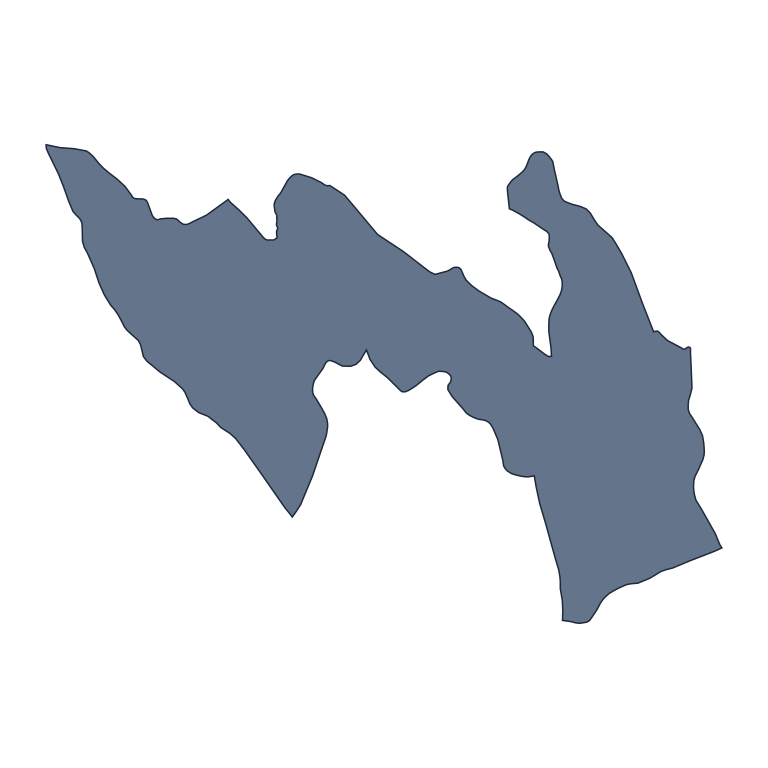 Lai Chau, Lai Chau, Vietnam (Equal Earth projection)
{"feature_id": "81297802B74546691476320", "entity_name": "Lai Chau", "entity_type": "district", "adm_level": 2, "iso_a3": "VNM", "parent_name": "Vietnam", "parent_adm1": "Lai Chau", "projection": "equal_earth", "projection_center": [103.45, 22.387], "detail": "fine", "context": "isolated", "style": "filled", "palette": "slate", "viewbox_px": 768, "rotation_deg": 0, "n_neighbors": 0, "source": "geoboundaries", "source_scale": "gbopen_adm2", "svg_char_len": 5318}
<svg xmlns="http://www.w3.org/2000/svg" viewBox="0 0 768 768"><path d="M329.8,185.5L328.3,185.7L326.9,185.7L324.6,184.9L321.6,182.7L311.5,177.7L299.6,174.0L297.3,174.0L295.4,174.2L293.5,174.8L291.7,176.0L289.3,178.4L287.4,180.8L283.5,187.8L280.6,193.0L278.2,195.8L276.7,198.2L275.3,200.6L274.3,203.4L274.2,205.6L275.0,211.8L275.6,213.1L276.0,213.8L276.2,214.1L276.8,215.5L276.8,217.1L276.9,221.9L276.5,223.7L276.5,225.2L276.9,226.2L277.5,227.4L277.6,228.3L277.6,228.7L277.4,229.6L276.7,230.6L276.6,232.0L276.6,233.6L276.7,234.9L277.2,237.7L273.7,240.0L269.5,240.0L267.0,240.0L265.7,239.5L263.7,237.9L246.8,217.7L238.4,209.4L233.6,205.2L230.6,202.5L228.9,200.4L228.2,199.4L206.6,215.1L196.8,219.8L192.6,221.8L189.8,223.3L187.2,224.4L186.0,224.4L184.1,224.4L183.0,224.1L180.4,222.4L176.7,219.1L173.9,218.3L166.1,218.3L160.9,218.8L158.9,219.4L157.6,219.7L156.1,219.4L155.1,218.7L153.6,217.5L152.1,215.0L150.6,210.9L148.5,205.2L147.3,202.0L146.0,200.2L144.0,199.2L142.0,198.9L138.5,198.9L135.4,198.6L133.9,198.2L132.7,197.3L131.4,195.1L124.9,186.3L117.0,179.0L108.7,172.7L103.2,168.0L98.4,162.9L93.6,156.9L89.1,152.8L86.5,151.0L74.2,148.7L59.9,147.6L46.1,144.7L46.3,148.3L48.1,152.7L58.5,174.0L63.9,187.7L68.8,201.5L73.0,211.5L75.9,214.8L79.7,218.6L81.9,222.7L82.2,227.2L82.5,241.2L84.3,247.4L87.4,253.0L94.2,268.4L99.1,283.2L104.3,294.8L110.6,305.1L114.7,309.8L118.5,315.4L121.2,320.5L124.6,327.2L127.0,330.2L131.1,334.0L138.3,340.4L140.5,344.6L143.5,356.7L146.9,361.2L160.4,372.3L174.5,381.6L182.7,389.0L184.9,392.2L187.8,398.7L190.0,404.1L192.7,407.9L198.7,412.6L208.0,416.3L211.6,419.2L216.4,422.8L220.8,427.5L230.2,433.6L235.7,438.6L244.1,449.5L259.1,470.7L276.8,496.1L285.0,507.9L288.9,512.6L292.3,517.0L296.2,511.5L300.6,504.7L312.5,476.0L326.2,435.8L327.0,431.4L327.6,427.0L327.6,423.6L326.8,418.8L324.6,413.4L321.6,407.9L316.5,399.4L313.5,395.0L312.6,392.2L312.6,390.9L312.6,389.2L312.6,387.5L313.2,384.4L314.3,380.7L317.6,375.9L323.0,368.4L324.4,365.4L326.1,362.3L328.5,360.6L330.7,360.6L334.5,362.0L342.4,366.1L350.5,366.3L356.0,364.3L360.3,360.4L363.7,354.5L366.5,350.0L366.8,350.7L369.9,359.2L375.2,367.2L380.5,372.1L387.5,377.7L400.5,390.6L402.2,391.8L405.3,391.8L408.2,390.6L412.3,388.2L416.3,385.5L422.1,380.7L428.3,376.0L434.3,373.0L438.9,371.2L443.0,371.5L446.0,372.0L447.6,372.9L450.0,375.0L451.0,376.5L451.2,379.5L450.3,382.5L448.3,384.8L447.9,386.6L447.9,389.6L451.9,396.2L454.3,399.0L462.7,408.5L466.3,413.0L469.1,415.1L472.5,416.9L475.9,418.4L478.7,419.3L482.8,419.9L485.4,420.5L488.3,422.0L490.5,424.1L492.9,428.0L497.9,439.7L502.9,460.7L503.6,465.8L505.3,468.8L507.7,471.2L509.1,472.1L511.5,473.6L515.3,474.8L520.1,476.0L523.5,476.6L528.0,476.9L534.3,475.9L536.0,486.1L539.7,503.5L546.1,525.1L547.2,529.3L555.3,558.4L558.8,570.2L560.0,577.6L560.3,582.0L560.3,586.3L560.3,588.8L561.5,595.6L562.3,600.1L562.8,611.2L562.6,615.6L562.6,619.0L562.4,620.4L570.8,621.6L574.9,622.7L578.9,623.3L581.8,623.0L585.6,622.4L587.4,621.9L589.6,620.5L591.8,617.4L595.9,611.3L597.9,608.0L600.3,603.3L602.8,599.6L605.3,596.9L609.1,593.5L613.3,591.0L618.2,588.3L625.8,584.9L628.9,584.1L632.5,583.6L637.8,583.2L649.7,578.3L661.1,571.4L665.4,569.9L668.4,569.1L672.7,568.0L689.9,560.8L714.4,551.3L721.9,547.9L720.0,545.0L717.7,539.5L715.5,534.0L711.2,526.4L701.1,508.5L696.0,500.3L694.4,494.5L693.8,490.9L693.5,486.5L693.9,480.3L695.1,476.3L698.4,469.7L702.9,459.5L704.1,454.9L704.3,451.6L704.1,447.5L703.7,442.7L702.5,435.6L699.8,429.6L692.0,417.1L689.4,413.2L688.2,409.4L688.2,406.9L688.2,404.6L688.6,400.2L689.8,396.7L691.1,391.6L691.9,388.5L691.9,386.0L691.3,370.7L690.5,353.1L690.5,350.1L690.5,348.8L690.5,348.3L689.7,347.3L688.5,347.0L686.8,347.6L685.9,348.6L684.8,349.1L683.1,349.1L682.4,348.5L679.7,347.0L667.6,340.6L661.2,334.6L658.8,331.9L657.6,331.2L656.5,331.1L653.6,331.7L642.4,303.1L631.2,272.6L621.8,253.8L615.9,243.7L615.3,242.7L612.2,237.8L608.6,234.5L598.0,225.2L595.3,221.4L590.6,213.6L589.7,212.4L586.0,208.8L579.8,206.3L571.9,204.2L567.1,202.4L564.0,201.0L561.7,198.2L560.0,193.9L558.9,190.4L557.8,184.7L554.4,169.9L553.6,165.7L552.7,161.4L551.6,159.7L548.8,156.1L546.5,153.7L543.1,151.9L538.6,151.9L535.8,152.2L533.5,153.3L531.8,154.7L530.1,157.1L528.7,160.0L527.6,163.1L526.1,166.7L524.4,169.8L521.6,172.6L518.2,175.5L513.1,179.3L511.1,181.4L509.2,183.9L508.0,185.7L507.4,187.1L507.4,190.3L507.7,193.4L509.4,208.9L509.9,209.0L512.8,210.2L518.0,213.1L523.5,216.4L528.2,219.7L533.4,222.6L537.9,225.6L543.1,229.2L546.7,231.4L548.3,233.1L549.1,234.4L549.3,237.0L549.1,241.2L548.5,243.8L548.4,246.3L550.2,250.8L551.8,253.4L554.1,259.6L557.0,268.1L558.6,271.1L560.1,275.6L561.7,279.2L562.2,282.2L562.2,284.4L562.2,286.7L561.4,290.9L560.1,294.5L556.9,300.7L554.3,305.3L551.7,310.5L549.9,315.4L549.1,318.6L548.8,324.8L548.8,331.3L549.7,338.3L551.0,347.8L551.5,356.3L551.1,356.3L549.3,356.5L548.2,356.3L547.5,356.0L544.2,353.8L536.5,347.9L533.4,345.8L533.3,341.7L533.3,338.7L533.0,336.3L531.4,332.1L524.4,321.0L519.9,316.2L517.7,314.1L512.0,309.9L508.4,307.5L504.8,304.8L500.5,301.8L490.7,297.9L478.5,290.7L471.7,285.6L466.2,280.2L464.1,276.6L462.7,273.3L461.9,271.5L461.0,269.4L459.3,267.9L457.6,267.3L454.8,267.3L453.2,267.7L447.8,271.0L435.0,274.4L429.6,271.8L414.7,260.3L403.3,251.5L389.7,242.5L377.5,234.4L355.0,207.5L344.5,195.1L329.8,185.5Z" fill="#64748b" stroke="#1e293b" stroke-width="1.5"/></svg>